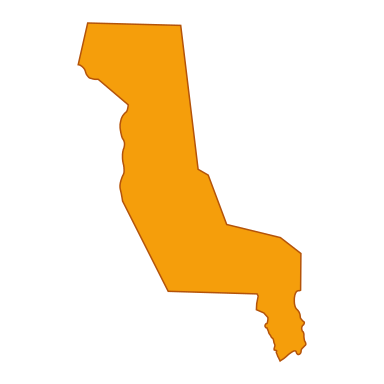 outline of Dulce Nombre, Copán, Honduras
{"feature_id": "27666195B52269528402042", "entity_name": "Dulce Nombre", "entity_type": "district", "adm_level": 2, "iso_a3": "HND", "parent_name": "Honduras", "parent_adm1": "Copán", "projection": "equal_earth", "projection_center": [-88.827, 14.864], "detail": "fine", "context": "isolated", "style": "filled", "palette": "amber", "viewbox_px": 384, "rotation_deg": 0, "n_neighbors": 0, "source": "geoboundaries", "source_scale": "gbopen_adm2", "svg_char_len": 5697}
<svg xmlns="http://www.w3.org/2000/svg" viewBox="0 0 384 384"><path d="M300.9,253.5L280.4,237.6L226.7,224.5L208.2,175.1L198.1,169.3L180.7,25.4L87.7,23.0L78.2,64.7L78.8,64.8L79.1,64.9L79.6,65.0L79.8,65.1L80.2,65.2L80.9,65.7L81.8,66.3L82.4,66.8L83.0,67.4L83.4,67.8L83.7,68.2L84.0,68.5L84.4,69.1L84.6,69.5L84.9,70.1L85.1,70.5L85.3,71.0L85.4,71.5L85.6,72.2L85.9,73.0L86.2,73.8L86.5,74.5L86.8,74.9L87.0,75.2L87.6,76.0L88.1,76.6L88.6,77.2L88.8,77.4L89.0,77.6L89.4,77.8L89.6,77.9L89.9,78.1L90.1,78.2L91.8,78.6L92.7,78.9L93.7,79.1L94.2,79.2L94.9,79.3L95.6,79.3L96.9,79.3L98.2,79.3L128.2,104.8L128.1,106.2L128.0,107.0L127.7,108.4L127.4,109.7L127.3,110.0L127.2,110.3L127.0,110.8L126.7,111.2L126.4,111.9L126.0,112.1L125.6,112.5L125.0,113.0L124.4,113.6L123.9,114.3L123.3,115.0L122.8,115.7L122.4,116.3L122.1,117.0L121.7,117.8L121.5,118.3L121.2,119.1L121.0,119.9L120.6,121.6L120.3,123.2L120.2,123.9L120.1,124.3L120.1,124.7L120.1,125.7L120.1,126.6L120.1,127.2L120.1,127.7L120.2,128.6L120.4,130.1L120.7,131.7L120.8,132.5L121.2,134.1L121.4,134.9L121.6,136.0L121.9,136.8L122.1,137.5L122.4,138.2L122.7,138.7L123.1,139.4L123.5,139.9L123.7,140.4L123.9,140.8L124.1,141.4L124.3,142.0L124.4,142.6L124.5,143.4L124.5,144.0L124.5,144.8L124.4,145.5L124.4,146.1L124.2,146.7L124.1,147.3L124.0,147.8L123.5,149.1L123.3,149.6L123.2,150.2L123.0,151.0L122.8,151.8L122.7,152.7L122.6,153.5L122.5,154.3L122.5,155.2L122.5,155.8L122.5,158.2L122.6,159.5L122.7,160.4L122.8,161.3L123.0,162.2L123.1,162.8L123.4,164.2L123.7,165.3L123.8,166.3L124.0,167.4L124.0,168.5L124.1,169.0L124.1,169.8L124.1,171.0L124.1,171.8L124.0,172.1L124.0,172.5L123.9,173.0L123.8,173.3L123.6,173.8L123.5,174.2L123.3,174.7L122.8,175.5L122.6,176.0L122.3,176.7L122.1,177.1L121.7,178.3L121.4,179.2L120.9,180.6L120.7,181.6L120.5,182.1L120.4,182.6L120.3,183.3L120.2,183.8L120.1,184.6L120.0,185.3L120.0,185.8L120.0,186.5L120.0,187.2L120.1,187.9L120.2,188.8L120.5,190.1L120.7,191.0L121.1,192.7L121.3,193.6L121.6,195.3L122.1,198.0L122.4,199.9L122.5,200.4L122.5,200.9L168.2,291.3L257.0,293.9L258.2,296.0L256.7,303.6L256.4,309.7L263.8,312.9L267.9,317.5L267.9,318.2L267.9,319.0L267.9,319.6L267.8,320.2L267.7,320.8L267.6,321.5L267.3,322.9L267.2,323.1L267.0,323.4L266.9,323.4L266.8,323.5L266.5,323.5L266.4,323.6L266.2,323.6L265.9,323.8L265.7,324.1L265.5,324.4L265.3,324.7L265.2,324.9L265.1,325.1L265.1,325.3L265.0,325.5L265.0,325.8L265.0,326.0L265.0,326.3L265.2,326.6L265.3,326.9L265.5,327.2L265.7,327.5L266.0,327.7L266.1,327.8L266.4,327.8L266.6,327.9L266.8,327.9L266.8,328.0L267.0,328.2L267.2,328.6L267.4,329.0L267.8,329.8L267.9,330.2L268.4,331.3L268.5,331.9L268.8,332.8L268.9,333.0L269.0,333.4L269.2,333.6L269.4,334.0L270.1,334.9L270.4,335.4L270.8,336.0L271.3,337.1L271.5,337.4L271.6,337.6L271.8,337.7L272.3,338.0L272.6,338.3L273.0,338.8L273.2,339.1L273.3,339.3L273.4,339.8L273.7,341.1L274.0,342.8L274.2,343.1L274.3,343.4L274.5,343.8L274.6,344.2L274.8,344.9L274.9,345.4L274.9,345.6L274.9,345.9L274.5,347.2L274.3,348.0L274.1,348.6L274.1,348.9L274.1,349.2L274.1,349.5L274.2,349.9L274.3,349.9L274.3,350.0L274.5,350.1L275.2,350.2L275.5,350.3L275.8,350.3L276.1,350.4L276.3,350.5L276.5,350.6L276.6,350.8L276.7,351.0L276.6,351.4L276.4,351.7L276.3,351.9L276.3,352.1L276.3,352.3L276.3,352.6L277.0,354.2L277.2,354.8L277.7,356.1L277.8,356.4L278.7,358.0L279.1,358.9L280.1,361.0L280.7,360.5L281.4,360.1L282.8,359.2L283.3,358.9L284.1,358.3L285.8,356.9L286.7,356.1L288.0,354.9L288.6,354.4L289.2,353.9L291.3,352.4L291.8,352.1L292.6,351.6L293.4,351.2L293.8,351.0L294.1,350.9L294.5,350.9L295.1,350.9L295.3,350.9L295.5,351.0L295.8,351.2L295.9,351.3L296.0,351.5L296.2,351.8L296.3,352.0L296.3,352.5L296.5,352.9L296.6,353.1L296.8,353.5L297.1,353.8L297.4,354.1L297.7,354.4L298.0,354.5L298.3,354.5L298.5,354.5L298.8,354.5L299.0,354.4L299.5,354.2L299.9,353.9L300.1,353.7L300.3,353.5L300.4,353.4L300.5,353.1L300.7,352.9L300.8,352.7L300.9,352.4L301.0,351.9L301.1,351.5L301.1,351.0L301.1,350.7L301.2,350.1L301.4,349.8L301.4,349.5L301.6,349.2L301.9,348.7L302.1,348.5L303.6,347.0L304.2,346.4L304.6,345.9L305.1,345.5L305.5,345.1L305.6,344.9L305.7,344.7L305.8,344.5L305.8,344.2L305.8,343.7L305.7,343.2L305.6,342.9L305.5,342.5L305.4,342.2L305.2,342.0L305.0,341.6L304.9,341.4L304.7,341.2L304.6,340.9L304.5,340.6L304.4,340.1L304.2,339.0L304.0,337.9L304.0,337.3L303.9,336.7L303.9,336.2L303.9,335.8L303.9,334.6L303.9,334.4L303.9,334.1L303.8,333.7L303.7,333.3L303.5,332.6L303.3,332.0L303.0,331.8L302.8,331.6L302.6,331.3L302.3,331.0L302.2,330.8L302.1,330.5L302.0,330.1L301.8,329.4L301.7,328.8L301.7,328.3L301.7,328.1L301.7,327.8L301.8,327.4L301.9,326.9L302.1,326.4L302.3,326.0L302.5,325.6L302.8,325.4L303.2,325.0L303.5,324.8L303.7,324.5L303.9,324.2L304.0,323.9L304.1,323.6L304.2,323.3L304.3,323.1L304.3,322.9L304.3,322.6L304.3,322.4L304.2,322.2L304.0,321.9L303.9,321.7L303.7,321.6L303.1,321.2L302.8,320.9L302.4,320.6L302.1,320.1L301.7,319.7L301.3,319.2L300.9,318.7L300.4,317.9L300.3,317.0L300.2,316.2L300.1,315.4L300.0,314.8L299.9,314.3L299.7,313.7L299.5,313.1L299.3,312.7L299.1,312.2L298.8,311.7L298.5,311.3L298.2,310.8L298.0,310.6L297.7,310.2L297.4,309.9L296.9,309.4L296.6,309.1L296.4,308.9L296.1,308.5L295.8,308.0L295.6,307.7L295.4,307.2L295.2,306.7L295.0,306.2L294.9,305.6L294.7,305.0L294.6,304.4L294.5,303.8L294.4,303.4L294.4,302.7L294.3,302.0L294.3,301.2L294.3,300.5L294.3,299.4L294.3,298.7L294.4,298.1L294.4,297.6L294.5,297.1L294.6,296.5L294.7,296.0L294.8,295.2L295.0,294.7L295.1,294.3L295.3,293.8L295.5,293.3L295.6,293.0L295.9,292.6L296.0,292.3L296.2,292.0L296.4,291.7L296.7,291.5L296.9,291.3L297.1,291.2L297.3,291.0L297.5,290.9L297.9,290.8L298.1,290.7L298.5,290.7L299.0,290.7L299.3,290.7L299.7,290.6L299.9,290.5L300.3,290.4L300.6,290.2L300.9,253.5Z" fill="#f59e0b" stroke="#b45309" stroke-width="1.5"/></svg>